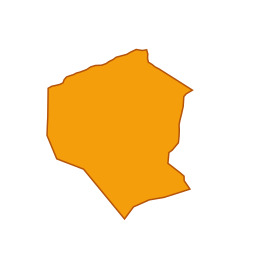 Cacimba de Areia, Paraíba, Brazil, rotated 310°
{"feature_id": "56859067B18621078611334", "entity_name": "Cacimba de Areia", "entity_type": "district", "adm_level": 2, "iso_a3": "BRA", "parent_name": "Brazil", "parent_adm1": "Paraíba", "projection": "robinson", "projection_center": [-37.154, -7.144], "detail": "fine", "context": "isolated", "style": "filled", "palette": "amber", "viewbox_px": 256, "rotation_deg": 310, "n_neighbors": 0, "source": "geoboundaries", "source_scale": "gbopen_adm2", "svg_char_len": 870}
<svg xmlns="http://www.w3.org/2000/svg" viewBox="0 0 256 256"><g transform="rotate(310 128 128)"><path d="M193.4,83.8L187.3,81.0L183.7,79.8L174.5,73.4L171.2,72.7L166.6,70.7L163.2,69.8L159.1,67.4L154.9,62.8L150.7,60.1L146.2,58.8L143.3,57.2L139.7,55.1L136.8,53.1L133.6,51.8L130.5,49.8L127.5,48.1L124.2,48.0L120.7,49.2L117.5,47.7L114.6,45.6L111.0,42.8L107.1,41.3L85.1,59.3L77.6,65.0L70.3,70.7L58.6,93.2L59.6,96.3L64.4,110.2L67.9,120.4L57.2,178.0L56.1,183.8L71.1,182.9L86.5,190.4L98.2,200.3L121.0,214.7L123.7,204.9L127.1,201.9L127.2,196.9L127.0,192.0L126.6,181.3L135.5,175.1L139.5,176.1L149.0,176.1L154.1,172.7L159.3,168.7L163.1,165.2L166.9,163.0L173.7,159.7L180.0,156.4L187.9,150.6L191.5,150.6L198.4,153.0L193.2,114.1L192.2,109.4L192.1,105.3L191.5,101.3L194.0,98.1L197.3,95.7L199.9,92.0L196.6,89.2L193.4,83.8Z" fill="#f59e0b" stroke="#b45309" stroke-width="1.5"/></g></svg>